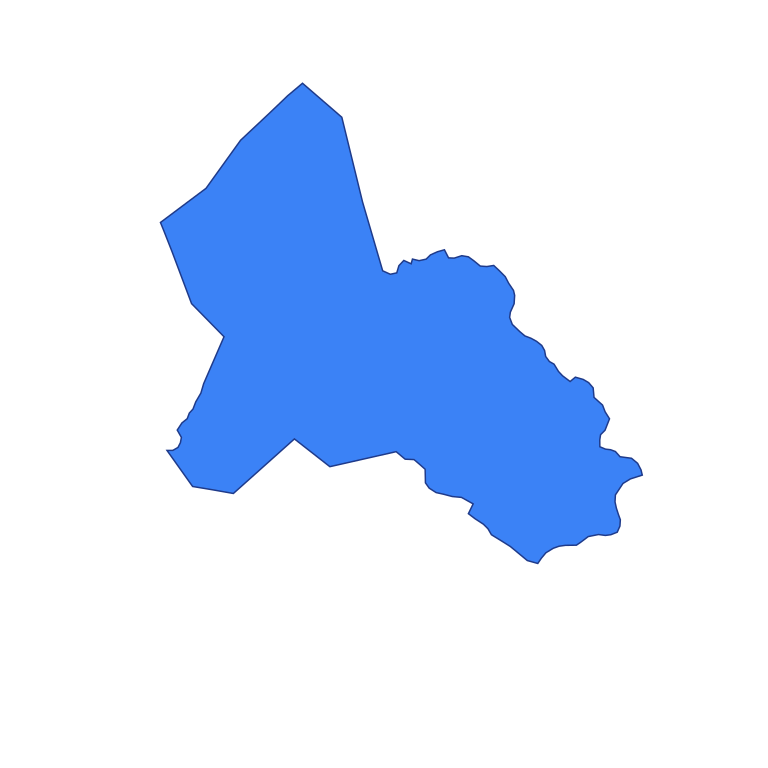 São Miguel da Baixa Grande, Piauí, Brazil (orthographic projection), rotated 126°
{"feature_id": "56859067B26070453976933", "entity_name": "São Miguel da Baixa Grande", "entity_type": "district", "adm_level": 2, "iso_a3": "BRA", "parent_name": "Brazil", "parent_adm1": "Piauí", "projection": "orthographic", "projection_center": [-42.28, -5.802], "detail": "fine", "context": "isolated", "style": "filled", "palette": "blue", "viewbox_px": 768, "rotation_deg": 126, "n_neighbors": 0, "source": "geoboundaries", "source_scale": "gbopen_adm2", "svg_char_len": 1791}
<svg xmlns="http://www.w3.org/2000/svg" viewBox="0 0 768 768"><g transform="rotate(126 384 384)"><path d="M268.0,258.1L268.6,263.4L266.7,269.4L262.5,273.8L260.1,279.0L259.8,285.7L260.6,292.0L262.3,298.3L261.8,305.0L260.4,315.2L256.3,321.5L251.6,324.0L242.6,325.9L235.5,330.4L232.2,334.2L229.2,342.4L225.9,349.0L224.6,357.0L223.6,364.9L228.5,369.8L232.0,375.4L231.5,383.8L231.5,390.5L234.5,396.5L240.9,401.2L244.0,405.9L239.9,414.0L245.6,418.5L252.2,422.3L258.2,423.3L263.6,428.1L266.2,434.4L270.8,432.7L272.4,440.6L279.5,441.5L286.6,439.0L291.5,443.4L293.2,451.6L249.3,508.4L193.0,574.9L188.6,626.7L207.5,631.4L214.3,632.6L234.5,636.3L271.1,643.3L330.3,643.0L384.7,659.8L389.5,652.1L401.3,633.6L432.1,586.9L439.8,541.2L489.7,530.1L499.0,526.8L509.1,525.8L516.5,523.8L522.0,524.4L527.7,522.8L534.2,524.6L542.8,524.2L546.3,516.5L551.2,514.2L556.4,513.4L561.8,515.8L565.3,520.5L579.4,478.6L570.3,460.4L561.1,441.5L481.1,424.2L482.7,379.2L431.6,334.4L432.4,322.7L427.5,315.3L428.1,307.5L428.8,300.6L435.1,295.8L439.6,292.4L441.7,286.2L441.2,278.0L438.2,271.1L434.9,262.6L430.2,254.7L428.6,241.4L439.3,239.5L439.5,231.2L439.0,221.1L440.0,214.8L442.8,208.5L441.7,193.9L441.2,186.3L442.6,164.3L438.8,154.1L432.4,154.3L425.3,153.8L417.4,150.5L412.3,147.0L407.9,142.4L401.3,133.6L396.6,131.9L387.4,129.1L379.7,122.0L376.4,115.9L372.6,111.9L366.8,108.2L360.3,109.6L354.9,113.0L351.6,117.9L347.8,123.1L343.6,127.8L337.7,131.6L324.0,132.2L316.0,128.9L305.9,121.5L302.4,125.6L299.1,132.2L298.6,140.1L304.1,150.3L302.6,157.1L304.0,162.1L306.5,166.5L307.9,172.5L302.4,176.6L297.7,179.0L291.5,178.0L279.6,181.1L276.5,188.8L272.6,194.8L271.4,206.2L264.2,212.5L262.6,219.2L263.2,225.5L266.0,233.2L272.6,234.9L272.4,244.5L271.3,250.2L268.0,258.1Z" fill="#3b82f6" stroke="#1e3a8a" stroke-width="1.5"/></g></svg>